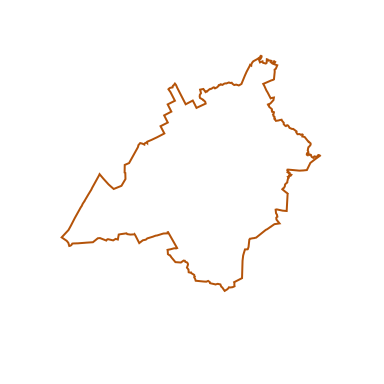 the district of Raunas pag., Raunas, Latvia, rotated 241°
{"feature_id": "27541924B42175527165431", "entity_name": "Raunas pag.", "entity_type": "district", "adm_level": 2, "iso_a3": "LVA", "parent_name": "Latvia", "parent_adm1": "Raunas", "projection": "orthographic", "projection_center": [25.644, 57.352], "detail": "fine", "context": "isolated", "style": "outline", "palette": "amber", "viewbox_px": 384, "rotation_deg": 241, "n_neighbors": 0, "source": "geoboundaries", "source_scale": "gbopen_adm2", "svg_char_len": 5882}
<svg xmlns="http://www.w3.org/2000/svg" viewBox="0 0 384 384"><g transform="rotate(241 192 192)"><path d="M162.2,321.4L162.7,320.9L163.1,320.4L163.0,320.2L162.7,320.1L162.7,319.6L162.5,319.3L162.5,318.4L162.5,318.0L162.8,317.3L163.6,316.7L163.8,316.4L163.8,316.0L163.7,315.8L163.1,315.1L163.0,314.9L163.0,314.7L164.5,313.8L165.4,313.7L166.7,314.0L166.9,313.9L167.2,313.4L167.9,313.2L168.0,312.9L167.6,312.4L167.6,312.2L168.2,312.2L168.8,311.5L168.9,311.3L168.5,310.7L169.0,310.5L169.4,310.7L170.1,311.4L170.2,312.0L170.0,312.8L170.2,313.0L171.2,313.3L172.1,313.3L174.1,314.9L174.8,315.7L174.8,316.2L175.1,317.0L175.6,318.2L175.9,318.7L177.0,319.3L179.7,318.4L179.6,318.2L185.5,317.2L187.1,315.4L188.5,316.6L189.0,316.3L189.3,314.9L190.5,314.2L191.4,312.3L193.7,312.1L194.3,312.8L198.1,311.1L198.6,310.1L200.8,308.4L202.3,308.4L203.6,308.2L204.3,307.6L204.1,306.1L205.1,305.5L207.0,305.1L208.1,305.8L210.5,305.3L211.8,305.4L212.4,303.5L212.6,302.4L213.5,300.0L213.8,300.1L215.0,299.6L215.5,299.5L216.0,299.6L215.9,300.1L216.0,300.2L216.3,300.2L216.3,299.8L216.4,299.7L217.0,300.0L217.7,300.5L217.9,300.3L218.5,300.4L219.2,300.1L219.9,300.5L220.5,300.5L220.6,301.1L221.3,301.6L221.7,302.1L222.1,302.0L222.3,302.2L222.8,301.7L223.2,301.0L223.9,301.1L224.2,301.4L224.6,301.3L225.1,301.8L225.8,302.0L229.1,300.8L230.0,301.0L230.3,301.2L230.7,300.8L230.9,300.8L231.0,301.1L231.7,301.0L231.4,303.4L232.9,307.8L234.9,309.4L235.4,307.9L235.7,307.0L235.8,306.2L242.5,306.4L244.7,306.3L249.6,306.7L252.0,306.7L251.2,315.2L250.9,316.7L250.8,317.2L250.8,318.3L256.0,321.9L256.1,322.0L257.0,322.6L259.0,323.6L259.1,325.0L261.5,328.0L264.3,325.5L265.4,327.8L266.6,327.2L266.3,326.1L265.6,326.0L265.5,325.1L265.7,324.5L267.5,323.8L268.3,324.9L269.5,323.6L269.8,322.6L271.1,322.5L271.8,321.8L268.8,319.9L268.6,318.8L270.5,316.8L271.1,316.7L272.1,317.0L272.4,314.3L275.0,314.7L275.2,316.4L276.2,318.1L277.0,318.7L277.7,318.3L277.6,317.7L276.9,316.9L276.8,315.0L276.6,314.4L276.6,308.9L276.4,308.5L276.2,307.9L275.3,306.2L273.8,305.1L275.0,304.4L274.3,303.6L270.8,298.2L268.1,294.6L262.5,287.6L262.5,284.6L263.5,283.7L264.5,282.7L265.1,280.8L266.9,279.9L268.3,279.7L268.8,278.3L269.9,277.4L270.3,274.6L270.7,274.1L271.1,272.9L271.1,271.9L271.0,270.9L270.9,270.7L271.1,270.3L271.5,269.9L271.8,269.8L272.2,269.5L272.4,269.1L272.0,268.2L272.1,267.9L272.4,267.4L272.5,267.2L272.3,266.9L271.9,266.6L271.4,264.6L271.4,264.0L271.5,263.4L271.4,262.8L271.7,262.2L272.3,262.3L272.9,261.9L273.1,261.4L273.0,260.1L272.9,259.2L272.9,258.9L273.4,257.8L273.2,257.5L273.3,256.4L272.6,253.7L273.1,253.6L273.3,253.3L273.2,252.8L273.0,252.3L276.6,251.9L277.6,248.7L274.1,247.8L273.2,246.0L271.8,245.0L270.4,244.6L267.2,246.5L266.8,246.3L265.9,246.9L264.5,247.3L262.7,246.8L263.4,236.7L267.4,236.9L271.6,237.0L271.8,229.0L290.1,229.6L293.3,229.9L295.1,229.6L294.1,227.5L294.2,227.1L293.7,226.2L293.2,226.0L292.9,225.7L293.7,223.4L293.5,221.6L293.3,221.2L289.9,221.6L280.1,221.3L280.4,213.2L272.3,212.9L272.5,204.8L264.5,204.5L264.8,196.4L256.6,196.2L256.8,188.0L257.1,183.5L257.2,181.8L257.7,177.2L256.4,176.5L257.3,176.2L257.5,175.0L257.3,173.8L256.6,173.3L258.4,172.0L259.9,170.4L258.9,167.7L258.4,167.4L257.4,166.4L247.8,151.0L248.3,146.3L241.7,142.5L241.0,142.9L235.6,140.1L231.6,133.3L232.6,125.0L235.9,123.8L239.1,122.7L246.8,120.9L252.4,119.8L251.5,118.6L243.8,106.3L243.0,105.3L242.6,104.6L240.0,100.0L236.3,93.7L236.2,93.7L234.8,90.9L233.0,88.4L232.7,87.6L230.9,84.7L226.0,76.8L221.3,69.8L218.6,65.5L215.5,56.0L210.1,58.7L207.6,59.2L204.3,58.5L204.0,59.5L204.0,60.1L204.1,60.8L204.9,62.3L204.5,63.3L202.4,67.4L198.7,75.5L196.1,81.0L197.2,87.2L196.3,89.2L191.1,93.5L191.6,94.6L191.5,95.6L187.9,99.6L188.0,102.5L186.4,104.1L190.3,107.3L189.8,108.9L187.6,114.7L186.6,114.9L184.6,117.5L182.9,121.1L183.0,121.3L181.5,121.4L172.9,121.1L173.6,125.6L172.7,128.5L173.1,130.4L171.8,136.5L171.7,137.5L171.4,139.2L170.9,140.4L169.7,146.2L169.4,147.2L167.6,150.7L169.3,151.6L150.2,151.8L150.3,151.0L150.4,150.7L151.1,149.7L151.5,148.8L152.3,145.5L153.2,142.8L153.2,142.5L152.9,142.5L149.3,140.8L147.3,141.8L147.2,142.1L145.5,142.3L145.3,142.2L138.7,143.5L135.7,148.1L136.1,151.4L135.3,152.4L134.1,152.3L133.0,153.4L131.6,153.7L130.4,153.3L128.3,150.9L125.9,151.3L123.4,150.2L122.4,151.3L122.1,152.1L121.5,152.0L118.5,153.7L118.2,153.7L117.2,153.2L116.7,153.4L116.3,152.6L114.4,152.6L112.6,152.2L107.9,159.0L106.6,161.1L106.4,163.0L104.5,163.9L103.5,163.6L103.4,163.7L100.1,167.4L99.8,167.6L99.2,170.0L97.4,172.0L95.1,171.7L93.8,172.2L92.8,172.3L89.7,172.6L89.8,175.7L90.5,177.9L90.7,178.1L89.9,179.3L89.1,181.3L88.9,183.5L90.2,184.0L91.9,185.0L92.7,185.1L92.4,194.0L107.4,202.9L111.7,206.0L113.1,207.4L116.1,210.5L114.9,212.9L114.9,213.0L116.5,214.8L122.6,219.1L123.0,220.1L122.7,220.5L122.7,220.9L122.1,222.7L121.5,224.1L121.5,224.4L121.0,226.0L123.1,238.2L123.0,239.5L123.9,248.5L122.1,253.3L126.9,252.5L128.6,253.2L129.0,254.2L129.0,254.7L131.0,255.3L132.7,255.2L136.0,256.6L135.7,257.7L131.7,262.3L129.5,265.6L144.0,274.7L144.1,274.9L145.6,274.4L145.8,274.2L150.6,272.3L150.9,272.9L151.0,273.4L150.9,274.0L151.7,275.6L152.1,276.1L153.1,276.7L153.6,277.4L153.8,278.0L153.9,278.4L153.9,278.8L154.1,279.5L154.1,279.8L154.2,280.0L155.1,280.5L155.7,281.2L156.2,281.5L157.0,282.4L157.5,282.7L157.6,283.0L158.0,283.1L157.8,283.5L157.7,283.6L157.8,283.7L158.4,283.3L158.7,283.3L158.4,284.1L159.2,284.6L158.4,286.0L158.5,286.4L158.8,287.1L159.0,286.9L159.1,286.6L159.3,286.5L159.5,286.7L160.2,286.0L160.3,286.0L160.9,286.5L161.3,285.8L161.5,285.7L161.9,286.2L162.1,286.3L162.4,286.0L162.7,285.5L163.1,285.2L163.2,285.4L163.0,285.7L163.4,286.0L163.6,286.0L164.0,285.5L164.1,285.4L164.1,285.2L164.4,285.8L164.9,285.9L165.0,286.0L165.2,286.3L165.3,286.2L165.3,285.9L165.5,285.7L165.0,286.9L158.6,296.3L156.9,299.8L155.5,303.1L160.1,309.7L161.0,315.6L161.7,321.5L162.2,321.4Z" fill="none" stroke="#b45309" stroke-width="2"/></g></svg>